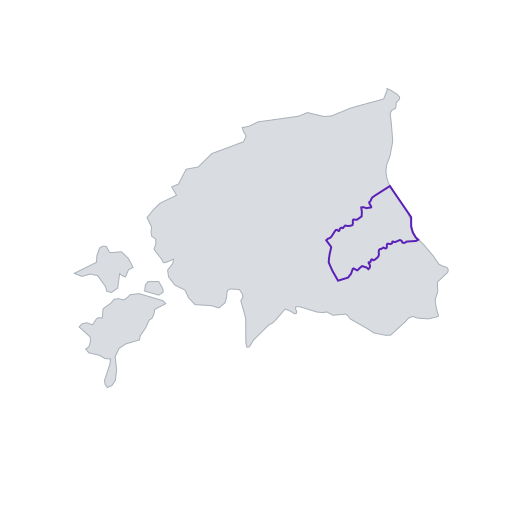 where Tartu sits in Estonia, rotated 338°
{"feature_id": "EST-1659", "entity_name": "Tartu", "entity_type": "County", "adm_level": 1, "iso_a3": "EST", "parent_name": "Estonia", "parent_adm1": "", "projection": "orthographic", "projection_center": [26.767, 58.415], "detail": "fine", "context": "in_parent", "style": "outline", "palette": "violet", "viewbox_px": 512, "rotation_deg": 338, "n_neighbors": 0, "source": "natural_earth", "source_scale": "10m", "svg_char_len": 4174}
<svg xmlns="http://www.w3.org/2000/svg" viewBox="0 0 512 512"><g transform="rotate(338 256 256)"><path d="M402.8,380.0L401.2,380.3L392.4,378.9L382.7,374.2L378.5,370.7L374.3,370.7L369.3,373.1L351.2,379.8L346.7,378.2L336.5,371.5L331.3,364.2L319.9,349.7L318.9,346.3L317.5,343.5L305.2,339.8L300.7,334.4L296.9,333.6L291.5,330.8L277.3,319.2L273.7,318.1L272.8,320.0L273.0,322.6L272.1,324.2L270.3,324.1L267.0,319.8L263.1,316.1L250.5,322.6L246.0,324.4L242.0,324.7L222.0,333.1L215.8,337.8L213.4,337.2L214.1,332.6L223.1,309.9L225.2,291.7L228.3,289.3L229.2,286.8L228.1,280.9L219.8,276.9L216.4,277.3L213.1,283.5L209.8,287.8L202.2,290.3L196.0,285.3L181.3,278.3L177.9,269.7L177.4,261.1L169.9,252.5L167.1,242.6L168.8,235.9L176.1,231.8L178.3,228.1L169.3,228.2L167.5,227.2L167.3,223.7L163.9,211.7L167.7,207.2L169.4,202.7L166.7,198.7L167.7,194.3L170.1,190.0L169.3,179.6L178.3,174.6L187.0,171.1L205.1,169.9L203.7,160.4L211.0,160.3L223.7,149.4L235.7,151.8L253.5,144.5L287.2,145.4L291.8,141.0L291.1,136.5L291.3,131.7L297.6,133.1L308.2,132.4L347.7,142.3L357.5,142.3L371.0,152.0L378.4,154.4L399.9,154.3L433.2,158.2L439.6,151.5L440.2,149.8L443.5,153.4L447.6,159.2L448.7,162.6L447.4,164.6L443.4,166.3L442.6,168.2L440.8,171.3L436.2,171.9L433.8,174.2L431.0,184.2L425.8,200.8L417.7,213.5L411.2,220.5L408.3,225.8L406.6,232.1L406.2,238.5L412.9,273.4L412.9,279.7L411.5,286.2L410.5,292.8L411.4,298.5L415.8,308.3L420.5,322.8L422.5,332.1L425.5,335.5L428.5,337.9L429.1,339.5L429.0,341.1L427.6,343.0L414.5,348.1L412.8,352.2L411.4,356.8L405.7,363.7L404.0,370.1L403.0,377.4L402.8,380.0ZM112.5,244.0L116.7,247.1L120.7,246.5L124.9,244.7L133.5,247.1L152.9,262.5L154.5,266.4L142.4,267.5L139.4,271.8L136.4,274.7L132.9,275.5L126.7,281.3L118.5,286.8L116.6,290.2L102.4,288.7L94.4,290.4L87.7,296.6L84.2,309.2L78.9,318.8L73.9,322.1L68.9,322.3L68.0,318.5L68.8,314.8L80.1,301.4L82.6,297.0L77.6,294.6L73.6,289.4L64.6,283.0L63.3,278.3L65.5,278.1L67.7,277.0L70.5,273.3L71.9,268.9L65.4,255.4L69.4,253.7L74.1,254.5L78.7,258.6L84.3,254.6L86.6,254.1L90.2,255.9L94.5,247.6L103.7,245.4L108.2,243.0L112.5,244.0ZM132.6,221.0L127.2,226.5L124.4,224.0L123.0,221.2L115.8,233.9L108.4,235.7L104.4,232.8L105.0,228.0L101.8,214.9L95.7,210.7L87.0,209.7L81.0,204.0L105.7,202.1L108.6,196.1L114.0,190.0L117.8,189.5L120.9,191.2L121.2,196.2L121.9,198.3L132.8,201.7L136.7,210.3L137.8,220.5L132.6,221.0ZM156.4,254.8L151.2,255.8L139.6,246.8L142.7,241.3L146.3,239.3L156.3,243.3L157.3,251.9L156.4,254.8Z" fill="#d9dde1" stroke="#a8b0b8" stroke-width="1"/><path d="M406.3,241.3L407.6,247.3L410.8,261.8L414.4,278.1L410.8,287.0L410.2,293.0L411.0,298.5L412.5,301.7L410.0,302.0L400.9,299.0L399.9,299.4L399.4,299.4L398.7,299.4L398.0,299.3L397.4,298.9L396.8,298.4L396.6,296.3L395.4,295.1L390.0,295.2L389.0,294.5L388.6,293.9L388.3,293.8L387.8,293.8L386.9,295.1L386.1,295.4L384.8,295.2L383.1,294.0L382.4,293.9L381.7,294.3L380.7,296.6L380.4,297.2L380.2,297.4L378.9,297.6L377.3,295.9L374.5,296.4L374.0,296.1L373.3,296.1L372.7,296.3L372.0,296.9L371.0,298.9L370.5,300.9L368.8,302.6L364.9,303.9L363.1,303.9L362.9,303.4L362.2,302.5L361.7,302.5L361.0,302.9L360.3,303.9L359.7,304.5L359.1,304.6L358.1,304.1L357.9,304.3L357.8,304.9L358.0,305.9L358.1,306.9L358.0,307.9L357.5,308.9L357.1,309.4L355.3,310.3L354.3,308.3L353.7,307.6L352.4,306.7L351.8,306.0L350.6,305.1L347.1,306.2L346.2,306.7L345.1,307.1L344.4,307.2L343.2,305.7L342.6,305.2L341.9,304.1L341.1,304.1L340.4,304.7L337.9,307.6L336.8,308.6L335.8,308.9L334.4,309.9L333.2,310.5L322.8,309.6L321.3,298.3L321.0,289.3L322.6,285.9L324.8,282.1L329.0,276.1L329.0,275.3L327.0,267.7L329.2,266.9L331.0,267.0L332.3,266.7L333.3,266.2L338.8,262.3L339.9,261.8L340.8,262.0L341.3,262.6L341.7,263.5L342.2,263.9L342.8,263.6L344.2,262.0L345.8,261.7L346.9,262.7L347.2,262.7L348.0,262.1L350.1,261.2L352.2,262.5L354.5,263.3L356.8,263.5L357.1,263.4L357.3,263.2L358.0,262.2L359.0,259.5L359.7,258.7L360.3,258.7L361.0,259.2L363.1,260.2L368.7,258.9L370.5,255.3L371.8,250.4L373.6,250.8L376.5,253.1L378.8,253.5L379.6,253.9L381.0,254.0L381.3,252.9L380.8,249.6L381.0,248.8L381.4,248.4L381.9,248.4L382.5,248.1L383.2,247.5L384.2,246.4L385.0,245.8L385.7,245.3L389.1,244.5L406.3,241.3L406.3,241.3Z" fill="none" stroke="#5b21b6" stroke-width="2"/></g></svg>